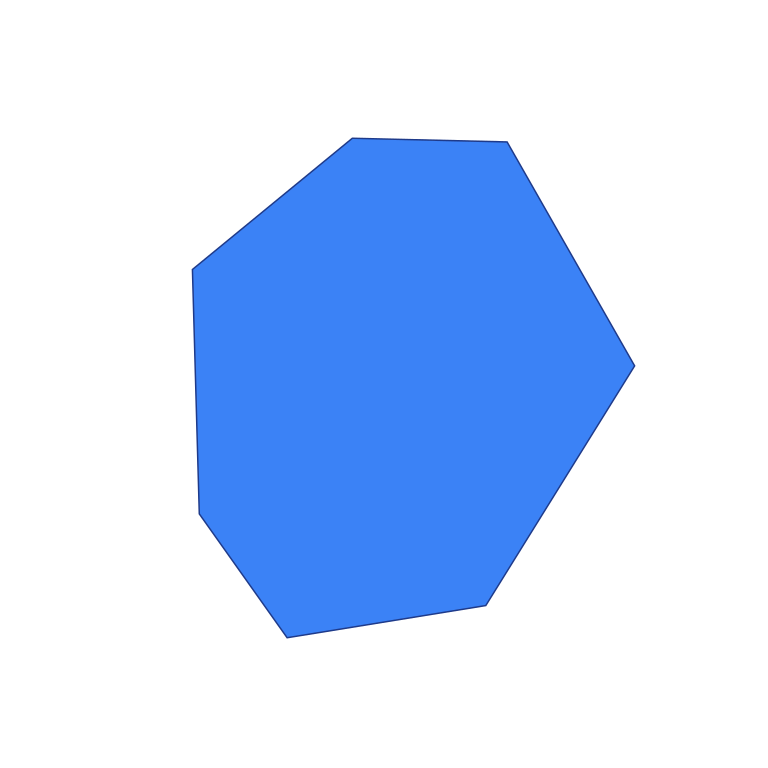 SVG path tracing the border of Saba, rotated 204°
{"feature_id": "NLD-5147", "entity_name": "Saba", "entity_type": "Special Municipality", "adm_level": 1, "iso_a3": "NLD", "parent_name": "Netherlands", "parent_adm1": "", "projection": "orthographic", "projection_center": [-63.237, 17.631], "detail": "fine", "context": "isolated", "style": "filled", "palette": "blue", "viewbox_px": 768, "rotation_deg": 204, "n_neighbors": 0, "source": "natural_earth", "source_scale": "10m", "svg_char_len": 267}
<svg xmlns="http://www.w3.org/2000/svg" viewBox="0 0 768 768"><g transform="rotate(204 384 384)"><path d="M369.3,112.8L499.9,190.2L605.6,410.7L512.9,595.6L370.0,655.2L162.4,502.5L200.9,223.0L369.3,112.8Z" fill="#3b82f6" stroke="#1e3a8a" stroke-width="1.5"/></g></svg>